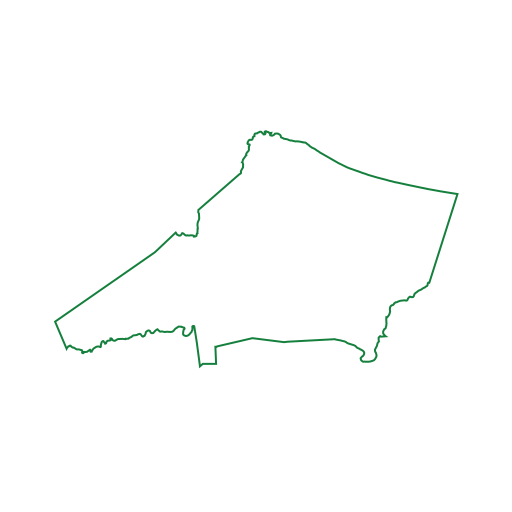 outline of San Pedro Mixtepec -Dto. 22 -, Oaxaca, Mexico, rotated 171°
{"feature_id": "50627088B24493610345769", "entity_name": "San Pedro Mixtepec -Dto. 22 -", "entity_type": "district", "adm_level": 2, "iso_a3": "MEX", "parent_name": "Mexico", "parent_adm1": "Oaxaca", "projection": "albers", "projection_center": [-97.055, 15.945], "detail": "fine", "context": "isolated", "style": "outline", "palette": "green", "viewbox_px": 512, "rotation_deg": 171, "n_neighbors": 0, "source": "geoboundaries", "source_scale": "gbopen_adm2", "svg_char_len": 6149}
<svg xmlns="http://www.w3.org/2000/svg" viewBox="0 0 512 512"><g transform="rotate(171 256 256)"><path d="M140.5,156.4L140.9,156.8L142.0,158.6L142.4,159.4L142.5,160.1L142.3,160.8L142.2,161.6L140.8,163.6L139.6,164.1L139.1,164.7L138.8,165.7L138.3,166.5L137.8,168.5L137.6,169.0L137.6,170.6L137.4,171.2L137.4,172.0L137.1,174.0L136.8,175.2L136.1,174.9L135.1,175.7L133.7,177.1L133.0,178.4L132.5,179.5L132.2,180.3L132.2,182.2L131.7,183.9L131.5,184.5L130.7,185.5L129.5,186.1L128.6,186.1L128.1,186.3L127.4,186.8L127.3,187.2L127.0,187.5L125.4,188.4L124.3,188.3L122.7,188.8L120.4,189.2L116.0,189.0L115.0,188.5L114.1,188.4L113.2,189.0L112.4,190.3L111.1,191.4L110.4,191.7L110.0,191.5L109.5,191.5L109.1,191.1L108.6,191.0L107.8,190.9L107.1,191.0L106.5,191.6L105.4,193.6L104.6,194.3L102.4,195.4L101.7,195.9L101.0,196.2L100.2,196.5L98.1,197.0L95.5,198.3L94.4,198.4L93.1,199.2L91.7,199.7L91.0,200.6L90.9,201.4L90.3,202.5L89.9,202.8L89.6,202.8L89.0,202.5L47.3,285.7L50.8,286.8L63.6,291.0L71.0,293.6L75.4,295.1L94.2,302.2L105.2,306.5L106.8,307.0L110.6,308.7L112.9,309.6L114.7,310.5L123.9,314.5L132.4,318.5L135.2,320.1L137.7,321.3L139.6,322.4L149.6,327.8L152.6,329.6L160.2,335.0L176.6,348.2L178.1,349.7L179.6,350.9L180.7,352.1L182.1,353.2L183.7,354.2L185.9,356.3L186.5,357.3L188.0,358.7L188.6,359.5L189.4,360.2L191.2,360.8L191.7,360.8L192.0,361.1L192.4,361.1L192.9,361.4L195.1,362.2L197.3,362.8L198.6,363.0L199.2,363.0L203.1,364.6L203.6,364.6L205.1,365.2L206.2,366.0L207.7,366.7L210.2,367.5L210.8,368.1L212.7,369.3L212.9,371.3L213.4,372.0L215.0,373.3L216.0,373.7L217.0,373.8L218.3,373.8L218.6,373.3L219.2,372.9L221.0,372.3L221.6,372.4L222.9,372.9L223.1,373.1L223.1,373.8L222.2,374.5L221.8,374.7L221.6,375.2L222.3,375.2L224.0,375.7L224.3,376.4L225.2,376.7L225.8,377.1L226.2,377.5L226.9,377.7L227.5,377.6L227.9,377.4L227.9,376.7L227.4,375.8L227.6,375.3L228.0,374.9L228.7,374.8L229.3,374.8L229.6,375.0L229.6,375.4L230.2,376.3L231.0,377.0L231.3,377.7L232.1,378.0L232.7,378.1L233.3,378.0L233.9,377.6L235.2,377.4L235.6,377.0L237.9,377.0L238.2,376.7L238.6,376.0L238.7,375.0L238.8,374.5L239.7,374.4L240.0,374.3L240.3,374.0L240.6,373.6L240.6,373.3L240.9,372.5L241.3,371.8L242.1,371.4L243.1,371.5L243.8,371.8L245.0,371.4L246.5,369.5L246.5,369.1L246.8,368.6L246.8,368.2L246.5,367.7L246.3,367.6L245.2,367.3L244.9,367.1L244.9,366.9L244.9,366.6L245.4,365.8L246.0,365.1L246.1,364.8L246.0,364.0L246.2,363.6L246.3,362.4L246.4,361.9L246.7,361.5L247.3,360.6L248.1,360.2L249.5,358.7L249.9,357.8L249.7,357.1L250.5,356.6L251.5,355.5L253.7,353.3L254.5,351.5L254.8,351.1L254.7,351.1L254.4,348.4L255.0,345.5L257.7,342.1L257.8,340.4L258.2,339.9L259.7,339.3L305.7,310.5L306.2,308.3L305.7,306.7L306.2,302.1L306.6,300.9L308.1,298.6L308.7,297.0L309.0,295.8L309.1,292.5L309.5,292.0L309.4,291.4L309.7,290.9L309.9,289.4L310.2,288.7L310.2,287.6L310.9,287.3L311.4,286.2L311.5,285.7L311.8,285.1L313.1,284.8L313.6,284.8L314.3,284.9L314.2,285.7L315.8,286.4L317.5,286.7L318.4,286.6L319.9,286.9L320.5,287.2L321.6,287.1L322.6,287.6L323.5,288.6L324.0,289.4L325.2,290.1L325.5,290.0L326.0,289.3L326.5,288.7L327.2,288.3L327.8,288.0L328.4,288.1L329.1,288.3L329.5,288.7L330.1,289.0L330.8,289.7L331.0,290.2L331.1,290.7L331.6,291.7L355.3,275.5L464.7,222.6L457.6,194.1L457.2,194.7L456.7,195.0L455.5,196.1L454.7,196.1L454.2,196.5L453.6,196.6L453.1,196.3L452.5,195.2L451.4,194.3L450.4,194.1L450.0,193.6L449.3,193.2L448.0,192.0L447.2,191.7L445.4,191.4L444.8,191.1L444.3,190.9L443.7,190.5L443.1,190.4L442.6,190.0L442.5,189.2L442.9,187.7L442.4,187.2L441.7,187.1L441.3,187.6L441.1,188.2L440.7,188.2L440.4,187.9L437.9,187.8L434.6,189.4L434.3,189.0L434.5,188.3L434.3,187.4L433.7,187.3L433.2,187.3L433.0,188.0L432.0,188.9L431.5,189.5L430.7,190.1L428.2,191.2L427.1,191.4L425.7,191.3L424.0,190.4L423.5,190.6L423.3,191.2L423.3,191.9L423.0,192.5L423.0,193.0L422.4,193.9L422.2,194.5L421.8,195.2L421.0,195.8L420.5,195.9L420.0,195.8L419.5,194.6L419.1,194.1L418.7,193.0L417.9,193.2L417.5,193.6L417.1,194.6L416.8,194.9L416.0,195.4L415.4,195.5L414.4,195.4L413.0,195.5L412.4,195.8L412.8,196.3L412.7,197.3L411.9,197.3L411.3,196.8L411.2,196.1L410.6,195.2L410.0,194.8L409.0,194.4L408.3,194.4L407.5,194.8L405.6,195.5L404.7,195.5L400.6,195.0L398.1,194.3L397.6,194.7L397.1,194.4L396.7,194.4L396.2,194.5L395.0,194.3L394.5,194.5L394.0,195.0L392.9,195.2L391.2,195.8L390.5,196.4L389.6,196.7L388.6,196.7L386.8,196.6L386.0,196.7L385.3,196.8L384.9,197.1L383.1,197.3L382.2,196.8L381.0,194.5L380.4,194.1L379.9,194.1L379.4,194.5L378.7,194.5L378.4,194.8L377.1,196.7L377.0,197.3L376.5,198.2L374.9,199.1L373.9,199.3L373.4,199.2L372.5,198.5L372.2,197.5L371.8,196.6L371.0,196.1L370.0,196.0L369.3,196.1L368.6,196.8L367.7,197.4L367.5,197.7L366.5,198.3L365.9,198.7L364.7,199.0L364.2,198.1L363.9,197.7L363.3,197.2L363.1,196.8L362.7,196.4L362.1,196.2L361.3,196.3L360.7,196.2L357.7,195.1L357.1,195.2L355.6,195.1L352.7,194.4L351.6,194.3L350.6,194.3L349.6,194.7L348.7,195.3L347.9,196.1L347.0,196.8L346.5,197.1L345.6,197.3L345.0,197.8L344.0,198.1L343.6,198.4L341.0,197.9L340.5,197.5L340.1,197.4L339.5,197.0L338.1,196.4L337.9,195.7L338.1,195.1L338.8,194.6L339.2,194.1L339.3,193.4L339.7,192.8L340.1,191.1L340.2,189.8L339.4,188.8L337.9,188.0L337.1,187.9L336.4,188.0L335.2,188.3L333.9,189.1L333.0,190.0L331.6,191.0L331.2,191.7L331.0,192.2L330.5,192.6L330.2,194.2L329.8,194.8L330.0,195.5L329.9,196.3L329.3,196.7L328.6,196.7L328.0,196.3L328.0,179.7L328.6,155.8L325.4,157.8L312.3,155.7L310.3,172.7L309.7,172.6L309.2,172.4L308.6,172.8L272.4,175.4L241.7,166.5L238.3,166.4L191.1,161.5L190.5,161.1L185.7,159.4L183.0,158.2L182.1,157.9L180.8,157.1L179.6,155.9L178.8,155.3L173.3,152.6L171.9,151.6L170.4,149.5L168.2,148.1L167.5,147.3L166.7,147.0L164.8,145.2L164.5,144.5L164.3,143.8L164.3,143.0L164.9,141.7L166.0,140.5L167.0,140.1L168.6,138.7L168.7,138.2L168.5,137.0L168.4,136.5L167.2,135.1L166.5,134.8L165.1,134.7L164.0,134.3L163.1,134.3L161.9,134.0L160.1,133.9L157.4,134.2L155.8,134.6L154.5,135.6L152.9,137.7L152.6,138.6L152.5,139.9L152.8,141.9L153.1,142.4L153.3,143.3L153.2,144.8L151.5,147.2L151.0,147.7L149.9,150.0L149.8,150.5L149.2,151.3L148.0,152.3L148.0,153.9L147.6,156.2L146.6,157.0L145.9,157.4L145.3,156.8L140.5,156.4Z" fill="none" stroke="#15803d" stroke-width="2"/></g></svg>